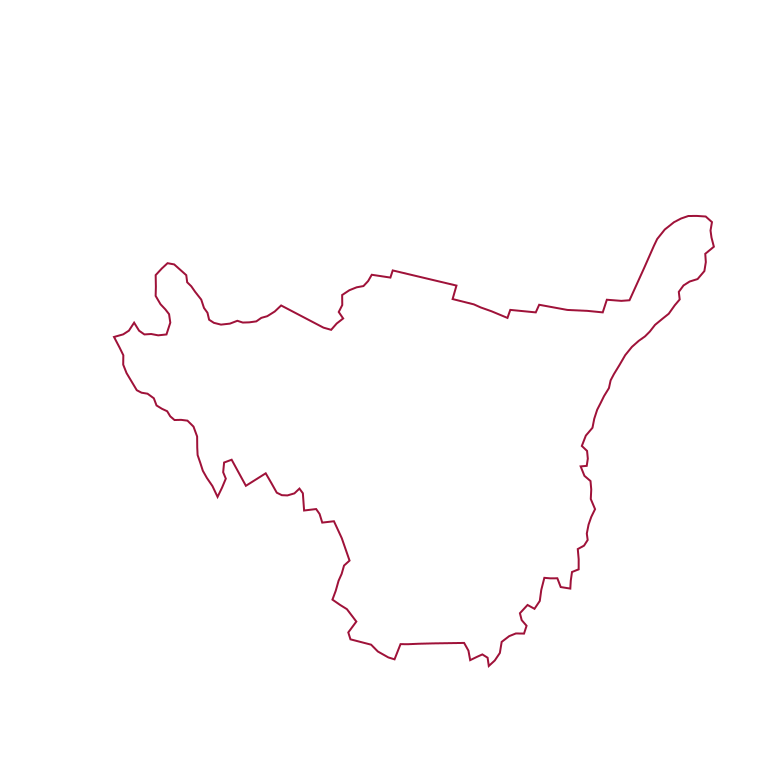 Seara, Santa Catarina, Brazil, rotated 18°
{"feature_id": "56859067B54105310759595", "entity_name": "Seara", "entity_type": "district", "adm_level": 2, "iso_a3": "BRA", "parent_name": "Brazil", "parent_adm1": "Santa Catarina", "projection": "equal_earth", "projection_center": [-52.347, -27.133], "detail": "fine", "context": "isolated", "style": "outline", "palette": "rose", "viewbox_px": 768, "rotation_deg": 18, "n_neighbors": 0, "source": "geoboundaries", "source_scale": "gbopen_adm2", "svg_char_len": 2769}
<svg xmlns="http://www.w3.org/2000/svg" viewBox="0 0 768 768"><g transform="rotate(18 384 384)"><path d="M633.1,229.2L636.2,219.3L639.1,212.2L635.9,205.3L638.4,197.7L643.0,192.1L649.8,187.3L653.8,177.6L652.4,168.6L649.3,160.9L655.3,151.5L650.2,143.5L647.1,137.1L645.9,128.7L638.2,125.3L629.5,127.5L621.5,130.2L615.4,134.8L609.8,140.5L603.3,150.3L599.0,161.7L598.0,169.2L595.6,192.9L591.6,228.5L584.0,231.6L569.9,235.0L569.9,248.3L554.8,251.6L535.5,256.9L507.1,260.7L506.2,269.0L481.2,274.5L481.0,283.0L463.7,281.6L452.3,281.3L444.9,280.5L423.0,282.0L422.5,268.0L357.2,273.3L357.2,280.8L338.6,283.9L337.1,291.0L334.2,297.2L328.1,300.5L322.1,305.5L316.7,312.3L319.9,321.8L318.7,329.5L324.9,334.3L320.3,341.1L317.0,348.8L309.0,349.1L261.9,341.1L257.7,348.8L252.0,355.6L246.9,359.0L243.2,363.9L236.8,367.0L230.7,369.2L225.0,369.2L218.8,374.2L210.6,377.9L203.3,378.4L197.8,376.9L194.1,370.8L189.3,367.3L184.1,360.2L175.9,354.7L170.5,350.6L165.4,348.1L162.3,341.6L155.5,338.6L147.5,335.1L140.8,336.0L137.0,342.8L133.2,351.0L137.0,362.0L139.6,370.8L146.8,377.2L153.0,380.6L158.0,384.0L161.8,391.7L161.8,404.1L154.2,407.5L147.1,408.4L140.8,410.9L134.6,409.0L127.4,402.9L124.9,412.1L120.6,417.4L112.7,422.7L121.3,431.1L127.2,437.2L130.0,446.2L135.8,453.2L150.8,466.3L156.1,467.2L162.1,466.3L169.5,468.7L174.3,474.7L180.5,476.2L186.2,476.9L190.7,480.8L195.9,483.0L202.1,480.8L208.4,479.6L216.0,483.4L222.5,491.7L226.0,502.1L228.7,509.2L233.6,515.7L238.5,522.5L244.6,528.1L252.4,534.1L260.6,542.8L262.0,532.6L262.8,522.9L258.3,517.6L256.2,508.1L262.5,503.1L284.1,523.5L299.1,505.5L307.9,513.4L315.6,520.5L321.2,521.3L326.6,519.8L332.6,515.7L335.9,509.6L340.6,513.0L347.1,529.0L358.1,523.9L362.9,527.5L368.1,534.9L378.8,530.0L391.5,543.7L405.8,562.6L402.1,569.0L402.4,577.7L401.6,585.1L402.0,595.6L401.6,605.0L410.6,607.7L418.3,609.6L431.1,618.5L426.8,631.3L431.0,637.2L452.3,635.9L460.8,640.3L472.6,642.7L479.1,642.6L480.1,626.3L487.1,624.1L497.6,620.2L511.2,615.4L540.2,605.5L546.7,611.5L551.3,620.0L556.6,614.9L561.1,610.8L567.1,612.3L570.8,619.8L574.8,612.7L577.3,604.0L575.6,592.9L581.0,585.1L586.5,580.5L594.3,578.1L594.3,569.9L587.9,566.0L584.1,560.0L588.8,549.8L596.6,551.3L599.2,542.2L597.2,531.2L596.4,518.8L602.4,517.4L608.9,515.2L614.8,522.5L624.4,521.0L622.4,513.3L620.9,504.7L626.4,500.1L623.3,490.5L619.3,481.1L624.2,475.9L625.9,469.4L623.1,463.6L622.0,454.5L622.2,446.2L623.4,437.8L616.2,429.5L613.7,420.3L610.4,412.5L603.0,409.4L596.5,401.6L602.1,399.2L600.9,392.0L597.8,384.9L591.3,381.8L591.9,370.7L595.8,361.2L594.7,352.1L594.7,342.6L595.9,335.1L597.0,327.5L599.2,318.4L598.4,310.5L599.6,303.6L602.1,293.1L604.5,282.0L608.3,272.1L613.0,264.1L617.5,258.1L620.6,252.0L623.5,244.0L628.8,235.7L633.1,229.2Z" fill="none" stroke="#9f1239" stroke-width="2"/></g></svg>